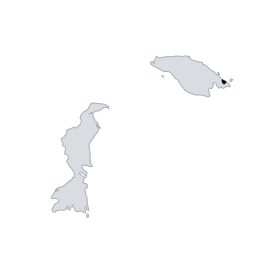 Kota Setar, Kedah, Malaysia (highlighted), rotated 140°
{"feature_id": "92858781B49320909792008", "entity_name": "Kota Setar", "entity_type": "district", "adm_level": 2, "iso_a3": "MYS", "parent_name": "Malaysia", "parent_adm1": "Kedah", "projection": "natural_earth1", "projection_center": [100.406, 6.1], "detail": "fine", "context": "in_parent", "style": "filled", "palette": "ink", "viewbox_px": 256, "rotation_deg": 140, "n_neighbors": 0, "source": "geoboundaries", "source_scale": "gbopen_adm2", "svg_char_len": 4270}
<svg xmlns="http://www.w3.org/2000/svg" viewBox="0 0 256 256"><g transform="rotate(140 128 128)"><path d="M220.3,127.2L218.9,126.9L216.9,125.5L214.9,125.0L209.1,125.0L208.2,124.5L207.1,125.4L205.1,124.6L203.9,124.7L202.6,125.6L200.8,124.8L199.9,126.1L198.8,126.9L197.5,130.2L197.3,134.2L197.5,136.7L196.9,138.1L196.7,140.9L196.3,142.1L194.6,142.6L193.9,142.2L192.5,143.9L192.1,144.6L192.0,147.4L193.2,148.3L193.2,148.8L190.8,151.1L188.7,152.4L188.4,153.6L189.2,156.0L188.9,157.1L187.8,157.7L187.0,160.7L186.0,162.7L185.6,162.9L184.2,162.3L178.7,163.1L177.1,164.8L175.5,165.7L174.3,164.8L173.7,164.9L168.5,163.1L168.3,161.6L167.8,161.4L162.5,161.5L159.2,163.1L158.0,167.0L156.2,167.4L154.9,168.7L152.6,168.5L151.2,168.9L149.0,168.3L146.9,168.2L140.1,170.7L137.9,168.9L131.4,162.0L130.4,160.8L130.2,158.6L129.5,158.2L129.2,157.7L129.1,157.1L130.1,155.3L131.2,157.6L132.8,158.8L135.7,159.7L138.3,159.4L142.0,161.6L143.2,162.0L144.5,161.8L146.8,163.6L148.3,163.6L146.4,162.4L146.0,161.5L146.2,160.5L147.5,159.1L147.6,157.0L148.6,154.9L148.8,153.9L148.1,153.1L147.9,151.8L148.5,150.0L149.7,150.9L150.7,150.7L150.7,147.4L151.5,145.9L152.8,144.9L165.4,141.6L167.5,140.8L168.9,139.9L173.4,132.8L178.8,126.2L179.5,123.9L179.5,122.2L179.8,121.8L180.4,121.6L181.6,122.5L182.2,123.1L183.4,126.0L184.4,126.0L186.2,128.8L186.6,129.1L187.1,128.9L188.5,127.2L188.9,125.9L188.6,125.7L189.2,124.2L188.6,123.3L188.1,120.0L191.3,117.6L191.3,120.3L192.2,124.3L193.8,124.8L194.7,124.6L194.2,123.4L194.0,121.1L193.6,119.5L192.6,117.6L195.2,117.1L197.3,115.0L197.6,113.7L196.3,112.9L195.7,111.9L195.7,110.8L197.8,108.3L198.0,109.0L199.4,109.3L200.0,109.2L200.9,108.2L201.3,106.7L202.9,104.7L203.8,101.4L207.8,96.3L210.9,90.1L211.6,90.6L211.8,92.2L211.1,95.1L212.5,94.4L214.9,90.4L216.3,91.0L216.3,92.2L216.8,94.2L220.9,96.9L221.4,99.5L220.6,100.5L220.9,103.1L220.6,103.9L219.3,104.6L222.9,103.9L225.0,102.4L226.3,104.9L224.2,105.9L224.7,107.0L226.6,106.3L227.8,105.5L229.0,105.7L230.8,106.7L231.4,107.3L231.7,108.5L233.1,108.9L235.9,110.6L238.4,110.6L239.2,111.5L239.2,113.7L237.9,114.9L232.7,116.7L231.3,116.7L229.4,116.0L228.0,116.4L227.2,118.5L228.7,120.6L231.5,122.8L231.8,123.4L231.3,124.4L225.2,126.1L223.9,126.0L221.6,124.9L220.3,127.2ZM22.1,97.3L22.8,94.3L23.7,94.1L24.7,95.9L27.9,97.2L28.9,96.8L29.3,97.1L29.8,97.5L30.7,99.9L32.7,99.9L33.0,103.7L32.0,105.1L31.9,106.1L33.4,107.9L34.3,107.5L35.0,105.9L38.4,104.3L39.8,106.0L41.1,106.0L42.0,105.4L42.7,103.4L44.1,101.8L44.6,99.9L46.6,100.4L47.3,100.9L49.5,104.9L52.4,107.8L54.6,109.4L55.9,110.9L59.5,118.2L60.0,120.6L60.1,124.2L59.6,129.7L58.9,132.4L59.1,133.7L60.0,135.7L59.7,137.6L59.8,143.4L60.9,145.5L64.1,148.1L68.7,159.3L69.5,162.5L69.0,163.7L68.2,164.0L67.5,163.4L67.1,161.9L66.0,160.6L66.1,162.9L64.1,162.6L62.7,162.9L61.1,164.5L60.3,164.5L58.9,161.7L53.7,158.4L51.7,157.6L49.7,155.1L45.1,152.4L42.2,149.8L41.0,148.2L38.0,146.7L36.7,145.0L35.5,144.1L36.1,142.4L35.5,139.2L33.4,136.4L32.4,134.3L30.4,132.3L28.9,129.9L29.8,129.1L28.3,126.4L27.7,124.5L27.7,120.8L26.1,115.7L24.8,108.5L25.0,106.0L24.7,103.3L22.1,97.3ZM215.1,87.8L214.4,88.4L214.2,86.5L215.1,85.5L216.4,85.3L216.5,87.1L216.2,87.5L215.1,87.8ZM19.0,97.0L19.8,98.4L19.2,99.2L18.8,99.0L17.9,99.7L16.9,98.3L16.8,97.6L17.9,97.7L19.0,97.0ZM150.1,150.2L149.8,150.4L149.2,149.9L149.1,146.0L149.5,145.6L150.0,146.4L150.1,150.2ZM24.6,110.9L23.8,112.8L22.9,112.5L23.1,110.4L23.5,110.1L24.6,110.9ZM223.8,127.0L222.2,127.2L221.1,127.2L221.3,126.1L221.8,126.0L223.8,127.0ZM68.7,146.1L67.9,146.1L67.7,145.6L68.3,144.2L68.7,146.1ZM35.7,142.7L35.2,142.9L35.2,142.1L35.6,141.7L35.7,142.7Z" fill="#d9dde1" stroke="#a8b0b8" stroke-width="1"/><path d="M25.4,103.5L25.4,103.4L25.3,103.2L25.1,102.5L25.4,102.5L25.5,102.6L25.8,102.6L26.0,102.4L26.0,102.2L26.0,101.9L25.9,101.9L25.8,101.7L25.8,101.4L25.9,101.2L26.0,101.0L26.0,100.9L26.0,100.7L26.0,100.4L25.9,100.3L25.7,100.3L25.6,100.5L25.4,100.4L25.2,100.3L24.9,100.2L24.7,100.1L23.9,100.2L24.0,100.2L24.0,100.3L23.9,100.4L24.0,100.4L23.7,100.7L23.7,100.8L23.8,101.0L23.9,101.3L23.9,101.5L24.0,101.8L24.1,102.0L24.3,102.2L24.4,102.4L24.4,102.5L24.5,102.6L24.6,102.9L24.6,103.0L24.7,103.5L24.8,103.5L25.0,103.5L25.0,103.4L25.0,103.5L25.1,103.4L25.1,103.5L25.3,103.5L25.4,103.5Z" fill="#0f172a" stroke="#020617" stroke-width="1.5"/></g></svg>